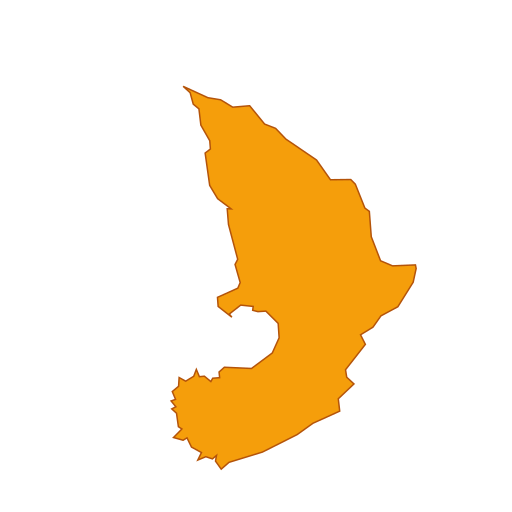 the district of Sopishte, Sopište, North Macedonia, rotated 158°
{"feature_id": "65306769B38681121769962", "entity_name": "Sopishte", "entity_type": "district", "adm_level": 2, "iso_a3": "MKD", "parent_name": "North Macedonia", "parent_adm1": "Sopište", "projection": "mercator", "projection_center": [21.357, 41.849], "detail": "fine", "context": "isolated", "style": "filled", "palette": "amber", "viewbox_px": 512, "rotation_deg": 158, "n_neighbors": 0, "source": "geoboundaries", "source_scale": "gbopen_adm2", "svg_char_len": 1298}
<svg xmlns="http://www.w3.org/2000/svg" viewBox="0 0 512 512"><g transform="rotate(158 256 256)"><path d="M260.0,440.6L255.9,432.1L257.3,420.3L253.8,413.8L258.1,398.0L255.7,380.2L258.2,372.3L264.6,370.5L272.5,338.8L270.1,323.5L261.4,309.0L265.0,310.6L269.7,295.6L274.2,259.8L278.6,256.0L280.6,237.3L284.9,233.0L307.2,232.1L310.0,223.4L301.3,208.3L302.5,212.2L288.6,216.2L277.5,210.3L279.4,206.9L275.1,203.7L267.5,201.2L260.7,185.2L265.2,171.5L277.2,160.0L302.3,153.4L327.0,164.7L333.7,162.3L335.3,156.8L341.9,158.9L344.9,156.5L348.9,163.9L353.7,165.3L353.8,173.2L358.8,167.8L368.1,166.3L372.8,172.1L376.6,164.2L384.4,161.7L384.3,153.2L389.0,153.4L386.8,146.2L391.4,145.8L388.6,140.0L391.9,126.8L389.5,123.4L400.5,118.6L392.6,112.5L388.1,113.2L387.4,103.0L380.2,94.2L386.4,88.6L377.7,88.7L372.4,84.2L367.3,85.9L370.4,81.0L368.1,71.4L358.3,74.8L323.5,71.8L284.7,75.0L265.8,79.6L236.5,80.8L233.2,92.8L213.1,100.7L217.3,109.6L215.6,117.0L187.7,133.1L188.6,143.8L174.2,146.2L162.6,153.7L143.5,155.8L120.1,172.8L112.2,184.4L111.5,188.0L133.1,195.7L142.3,204.9L141.9,230.7L134.2,254.9L137.1,259.7L137.0,285.4L139.5,291.4L158.4,298.8L163.9,322.3L184.5,353.2L190.0,367.0L198.6,375.1L205.6,397.7L221.8,402.7L230.3,414.1L241.3,420.8L260.0,440.6Z" fill="#f59e0b" stroke="#b45309" stroke-width="1.5"/></g></svg>